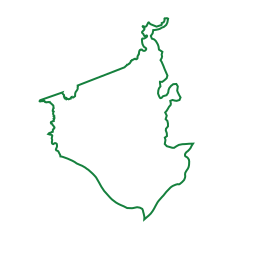 Sepone, Savannakhét, Laos (Mercator projection), rotated 249°
{"feature_id": "54806243B75063146976266", "entity_name": "Sepone", "entity_type": "district", "adm_level": 2, "iso_a3": "LAO", "parent_name": "Laos", "parent_adm1": "Savannakhét", "projection": "mercator", "projection_center": [106.495, 16.758], "detail": "fine", "context": "isolated", "style": "outline", "palette": "green", "viewbox_px": 256, "rotation_deg": 249, "n_neighbors": 0, "source": "geoboundaries", "source_scale": "gbopen_adm2", "svg_char_len": 5737}
<svg xmlns="http://www.w3.org/2000/svg" viewBox="0 0 256 256"><g transform="rotate(249 128 128)"><path d="M125.7,54.7L125.1,55.8L124.3,56.9L121.0,60.7L117.5,64.2L115.4,66.0L113.3,67.4L110.6,70.1L109.2,71.6L106.5,73.8L104.7,74.9L103.2,76.0L99.9,77.7L97.9,78.7L95.5,79.7L93.3,80.5L87.7,81.4L84.7,81.8L82.6,82.1L77.7,83.2L75.9,83.9L69.3,86.4L66.9,87.5L62.7,90.1L60.5,91.9L58.8,93.5L56.4,96.0L53.6,98.5L52.1,102.0L51.5,103.6L50.8,108.1L49.4,110.5L47.4,112.3L45.7,112.4L44.0,112.1L42.7,112.0L38.9,111.4L36.8,110.4L38.1,113.9L38.8,115.9L39.9,118.5L41.6,121.2L43.3,123.4L45.4,125.8L48.0,128.9L49.1,130.6L51.4,135.0L52.3,136.9L54.6,140.8L57.1,146.1L57.6,147.6L57.9,149.3L58.0,152.2L57.8,154.2L57.1,155.4L57.2,156.4L58.1,159.1L59.0,161.0L59.5,161.9L61.3,163.5L62.6,164.2L63.9,164.5L65.5,165.3L66.4,166.3L67.5,167.7L68.4,169.1L69.6,170.4L71.2,171.5L72.4,172.1L75.0,173.2L75.6,173.3L76.7,173.5L78.2,173.2L78.8,173.0L79.6,172.6L80.9,171.5L81.6,171.3L83.0,171.8L83.7,172.5L84.5,173.8L85.1,175.8L85.9,177.5L86.9,179.2L88.8,181.3L90.1,183.1L91.4,179.4L92.5,175.6L93.4,172.9L94.0,169.4L93.6,166.6L93.0,164.0L93.7,162.2L95.7,159.6L97.1,157.7L99.9,156.6L103.4,158.7L105.8,158.9L106.5,161.5L109.4,162.4L112.1,162.4L113.7,163.2L115.2,165.9L117.9,166.9L120.5,167.3L122.8,166.3L125.6,168.6L129.2,168.3L130.1,170.1L131.6,172.1L133.1,173.9L134.1,175.9L135.2,176.7L138.2,177.2L138.2,179.6L136.8,181.5L135.9,183.2L135.7,186.1L137.7,188.0L140.1,187.6L143.2,187.3L145.2,187.3L146.5,188.0L149.0,189.4L151.8,188.9L152.7,185.9L152.3,184.8L152.0,183.5L150.5,180.9L149.0,179.5L146.5,178.1L144.8,175.7L145.1,172.1L144.1,170.1L144.3,168.9L145.0,168.6L146.8,168.4L149.4,168.4L152.1,169.7L153.9,171.1L155.2,173.2L158.7,174.0L159.7,174.4L158.8,176.5L159.5,179.0L160.6,181.9L162.8,183.6L170.0,183.3L171.5,183.3L173.4,183.3L177.8,183.1L179.7,182.7L181.2,184.5L182.7,185.5L184.4,185.7L186.8,187.4L190.1,185.0L193.1,185.7L195.2,185.8L197.3,185.5L199.4,185.1L201.4,184.1L202.9,182.3L205.8,182.3L207.5,184.9L210.4,186.7L210.0,187.7L209.6,189.5L209.2,192.0L209.2,193.7L209.6,195.6L209.5,197.6L210.5,200.6L212.3,202.5L215.7,204.6L216.6,203.7L216.7,202.8L216.9,202.4L217.2,201.8L217.2,201.5L217.0,201.2L215.9,200.9L215.0,200.4L213.9,199.1L213.9,197.1L212.4,196.5L212.2,196.1L212.4,191.0L216.9,186.2L217.9,185.7L219.1,185.3L219.2,185.1L219.2,184.9L219.0,184.5L216.7,182.0L216.4,181.4L216.3,180.6L216.6,180.0L216.9,179.4L217.8,178.5L217.7,178.3L217.6,178.1L217.2,178.1L216.3,178.4L215.3,179.0L214.9,179.0L214.6,178.9L214.2,178.5L213.7,177.9L212.8,175.8L212.6,175.6L212.3,175.4L211.8,175.4L211.5,175.4L210.3,176.0L208.9,176.1L208.0,176.3L207.8,176.6L207.7,177.0L207.7,177.4L207.8,178.2L207.8,178.4L207.6,178.7L207.3,178.8L207.0,178.8L206.5,178.4L206.1,177.5L205.8,175.5L205.8,174.9L205.9,174.5L206.3,173.8L206.3,173.4L205.8,172.8L205.3,172.6L202.9,171.9L201.0,171.6L199.1,171.8L198.4,171.9L197.9,172.1L197.4,172.4L196.8,173.0L196.2,173.3L195.5,173.4L195.2,173.3L194.9,173.1L194.5,172.6L194.2,172.0L194.1,171.3L194.2,170.8L194.4,170.3L194.8,169.8L195.5,169.3L196.2,169.1L196.4,168.8L196.5,168.5L196.4,168.3L196.6,167.9L196.4,167.5L196.5,167.0L196.2,166.6L195.6,166.0L194.1,165.1L193.8,164.9L193.4,164.9L193.1,164.7L192.8,164.4L192.8,164.1L192.5,163.7L192.1,163.5L191.9,163.2L191.7,162.8L190.7,162.1L190.1,162.1L189.8,161.9L189.6,161.7L189.3,161.2L189.2,160.4L189.3,160.1L189.9,159.5L190.1,159.4L190.0,159.0L190.2,158.6L190.0,157.8L189.9,157.0L189.9,156.9L190.0,156.6L190.0,156.0L189.6,155.7L189.6,154.8L189.3,154.5L188.9,154.4L188.7,154.1L188.4,153.6L188.0,153.2L187.9,152.7L187.6,152.4L187.5,151.9L187.6,151.6L187.3,151.0L187.2,150.2L187.4,149.7L186.8,149.0L186.6,148.1L185.9,146.5L185.7,96.3L185.1,96.3L184.8,96.2L184.3,95.6L183.5,95.5L182.9,95.2L182.3,94.8L181.8,94.3L180.2,91.9L179.2,91.1L176.7,90.0L176.1,87.9L176.3,87.3L176.6,87.0L176.7,86.5L176.9,86.4L177.2,86.5L177.2,86.4L176.7,85.5L176.1,85.1L176.3,84.8L176.0,84.1L176.1,83.3L176.1,82.8L176.5,82.5L176.7,82.2L177.0,81.2L176.9,80.7L177.3,80.6L177.7,80.9L178.2,81.0L178.4,81.0L178.6,80.8L178.6,80.5L178.0,80.0L178.0,79.8L178.2,79.6L178.5,79.6L178.6,80.0L178.7,79.8L178.9,79.6L179.4,79.8L179.8,79.5L180.1,79.4L180.3,79.6L180.5,79.6L180.7,79.8L181.6,80.0L181.9,80.0L182.0,79.8L182.6,79.6L182.8,79.5L183.5,79.3L184.4,79.3L184.7,79.6L185.4,56.9L185.4,56.4L185.4,55.9L185.0,55.3L184.8,55.2L184.6,55.1L184.3,55.4L184.2,55.6L184.2,56.2L183.9,57.3L183.5,58.3L183.7,58.8L183.6,59.4L183.4,59.6L182.9,59.6L182.7,59.8L181.9,59.9L181.6,60.3L181.6,60.7L181.1,61.2L181.0,62.2L180.7,62.7L180.7,63.3L180.2,64.0L180.2,64.3L179.6,64.3L178.6,65.0L177.9,65.2L177.7,65.4L176.5,65.9L176.1,66.2L175.6,66.3L174.5,66.0L174.2,65.8L173.9,65.9L173.1,65.7L172.5,64.7L171.5,64.2L171.0,63.8L170.9,63.8L170.8,64.0L170.2,64.3L170.0,64.5L169.2,63.7L168.2,63.2L167.6,63.1L167.1,63.1L166.5,63.2L166.2,63.1L165.9,63.3L165.5,63.5L165.4,63.4L165.2,63.2L165.1,62.8L164.9,62.9L164.0,63.0L163.7,63.0L163.4,62.7L163.4,62.4L163.3,62.0L162.8,62.2L162.4,62.0L162.4,61.8L162.1,61.5L161.8,61.1L161.3,61.1L161.4,60.8L161.2,60.4L161.1,60.0L161.2,59.8L161.2,59.0L161.2,58.4L160.5,57.8L159.6,57.9L159.5,58.1L159.3,58.4L158.6,58.7L157.8,58.7L157.0,59.1L156.2,59.3L155.9,59.3L155.1,59.6L154.7,59.5L154.3,59.2L154.1,58.6L154.0,58.3L153.6,58.1L153.5,57.6L153.1,57.1L152.1,56.8L151.7,56.4L151.4,56.3L151.5,55.6L151.6,55.2L151.3,54.4L151.5,53.4L151.5,52.6L151.2,51.9L151.0,51.6L150.9,51.4L150.0,52.5L149.3,53.7L148.7,54.4L148.2,54.6L147.9,54.5L146.6,53.7L145.8,53.1L144.3,53.0L143.8,52.8L143.1,52.5L142.3,51.9L141.1,51.6L140.5,51.7L139.9,52.2L139.7,52.7L140.1,53.6L140.1,54.3L139.7,55.1L139.0,55.6L138.5,55.8L136.6,55.3L135.9,54.9L133.9,53.0L132.9,53.0L132.5,53.4L131.8,54.2L131.1,54.6L128.7,54.8L127.4,55.0L126.4,54.9L125.7,54.7Z" fill="none" stroke="#15803d" stroke-width="2"/></g></svg>